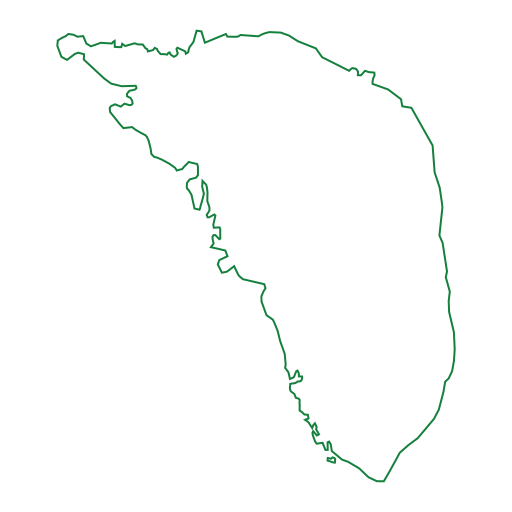 Fanapanges, Federated States of Micronesia
{"feature_id": "79324940B4791300793678", "entity_name": "Fanapanges", "entity_type": "district", "adm_level": 2, "iso_a3": "FSM", "parent_name": "Federated States of Micronesia", "parent_adm1": "", "projection": "robinson", "projection_center": [151.663, 7.353], "detail": "fine", "context": "isolated", "style": "outline", "palette": "green", "viewbox_px": 512, "rotation_deg": 0, "n_neighbors": 0, "source": "geoboundaries", "source_scale": "gbopen_adm2", "svg_char_len": 3604}
<svg xmlns="http://www.w3.org/2000/svg" viewBox="0 0 512 512"><path d="M197.1,164.0L197.9,166.2L198.0,175.1L196.0,177.7L189.7,179.4L187.1,182.8L186.8,185.4L186.9,188.3L189.0,190.6L191.5,194.8L194.5,208.5L199.5,209.7L200.2,208.0L200.5,206.1L201.9,201.6L203.9,193.8L202.2,186.7L202.5,180.9L204.1,182.6L206.2,184.7L207.0,188.0L207.5,192.5L207.3,201.2L208.6,204.8L209.4,207.4L209.5,210.3L208.5,212.2L206.7,214.9L207.6,217.3L209.1,217.3L214.3,214.5L215.4,215.5L213.3,224.7L213.8,227.7L219.6,227.4L220.3,229.3L220.2,232.8L220.3,238.6L219.3,239.2L215.4,235.1L213.5,235.1L212.5,236.8L212.6,238.8L213.6,243.5L210.9,247.2L216.7,248.5L225.3,250.5L227.5,256.2L219.3,260.1L217.8,264.4L221.9,272.7L226.9,271.7L234.1,266.2L238.2,274.7L239.7,276.5L242.9,279.2L264.3,284.2L265.5,288.2L263.4,291.6L261.4,296.3L261.5,301.5L266.5,315.2L272.9,319.7L274.6,323.3L277.7,331.0L280.1,340.9L284.7,353.8L285.7,364.6L285.1,367.8L288.4,372.2L290.0,379.0L293.7,377.3L294.4,375.9L295.5,373.1L296.3,371.2L297.5,370.6L298.8,373.2L298.9,376.4L302.1,376.5L302.2,378.3L301.4,380.3L300.3,381.4L297.9,381.4L295.2,383.1L290.3,383.8L289.9,387.6L290.0,389.4L290.9,391.4L294.4,394.0L295.8,397.8L298.8,398.7L299.7,400.0L299.5,402.5L299.7,405.8L299.6,410.5L302.0,412.1L304.4,414.5L307.9,414.8L308.5,418.5L305.1,419.8L308.4,422.2L312.2,428.0L313.2,425.3L314.9,423.3L315.8,425.1L316.7,427.2L316.1,429.3L319.0,434.3L316.9,435.5L313.2,431.2L312.5,432.6L312.6,434.3L313.2,436.3L315.0,441.3L316.7,443.7L322.6,442.8L325.4,449.9L327.7,449.9L327.6,442.3L329.1,441.6L330.8,444.5L331.8,451.0L342.0,459.6L348.1,461.8L359.2,468.4L368.6,477.3L376.9,481.2L383.8,481.3L389.9,470.8L399.8,452.7L408.2,445.3L417.8,438.1L433.9,419.0L438.8,409.7L443.4,392.1L445.2,381.7L448.7,378.4L452.1,371.1L454.0,360.7L454.7,349.1L453.9,332.2L449.1,311.9L448.7,301.1L449.8,291.6L445.8,277.2L447.0,271.4L442.6,242.8L439.4,235.5L442.4,207.6L442.0,203.4L439.7,187.7L434.6,172.2L432.6,145.5L411.4,107.8L402.3,106.3L401.0,99.2L388.2,89.5L372.6,83.9L372.6,81.4L373.1,78.6L374.6,75.2L374.3,72.6L368.8,72.1L365.0,70.8L361.0,75.3L357.9,75.2L358.0,71.6L356.1,68.9L352.2,68.1L350.7,69.2L349.1,70.8L322.1,57.2L315.9,48.4L297.8,41.2L288.9,35.5L280.8,32.6L269.5,32.1L265.7,33.0L262.6,34.1L258.3,36.3L240.6,35.0L237.9,36.6L234.4,36.8L227.4,36.6L225.9,34.0L204.9,42.7L201.4,31.4L196.6,30.7L193.4,42.1L189.5,47.2L188.5,50.3L188.3,52.2L185.8,53.7L185.3,51.4L177.4,47.7L176.5,48.9L177.1,51.6L177.8,52.9L177.2,54.3L176.0,55.7L173.9,56.8L170.6,54.5L169.6,52.4L168.5,52.7L167.1,54.6L164.8,54.2L160.6,54.1L157.7,50.8L157.0,49.0L154.7,47.9L153.1,50.0L151.9,50.4L147.9,51.4L147.3,49.2L145.4,48.2L142.8,44.5L137.7,44.4L134.7,43.3L125.2,46.0L122.2,43.8L121.3,47.1L118.6,47.1L114.8,46.9L114.6,40.9L113.0,42.0L111.8,43.5L100.7,42.8L96.4,44.4L90.9,46.3L86.4,43.6L83.2,36.1L77.5,36.7L73.3,34.7L68.3,34.0L65.6,36.2L62.1,37.8L59.8,39.2L57.8,40.5L57.3,45.8L61.4,56.8L67.0,59.9L68.6,58.7L74.9,53.9L78.4,52.7L84.1,54.3L84.0,56.3L83.8,59.6L104.2,78.5L111.1,83.6L121.5,86.2L135.7,85.8L136.4,87.3L136.3,88.5L135.0,89.5L132.6,90.2L129.5,90.7L127.0,93.8L127.1,96.3L130.4,97.9L132.1,100.5L132.6,103.5L131.7,104.7L129.6,105.2L124.5,103.7L120.8,106.6L115.0,104.3L113.1,105.2L110.9,106.1L109.7,108.1L110.1,112.0L120.2,124.6L123.4,128.1L132.1,127.1L135.4,129.7L140.6,132.7L145.4,135.2L147.0,137.0L148.8,141.2L150.7,149.0L151.4,154.1L154.3,157.0L156.6,157.4L161.8,159.6L169.0,163.5L175.1,167.8L176.8,170.5L182.3,169.0L183.8,167.0L188.9,161.9L190.6,162.5L197.1,164.0ZM332.5,457.4L331.0,458.7L327.8,458.0L327.5,460.5L333.4,462.5L334.9,462.6L335.2,459.1L334.4,458.0L332.5,457.4Z" fill="none" stroke="#15803d" stroke-width="2"/></svg>